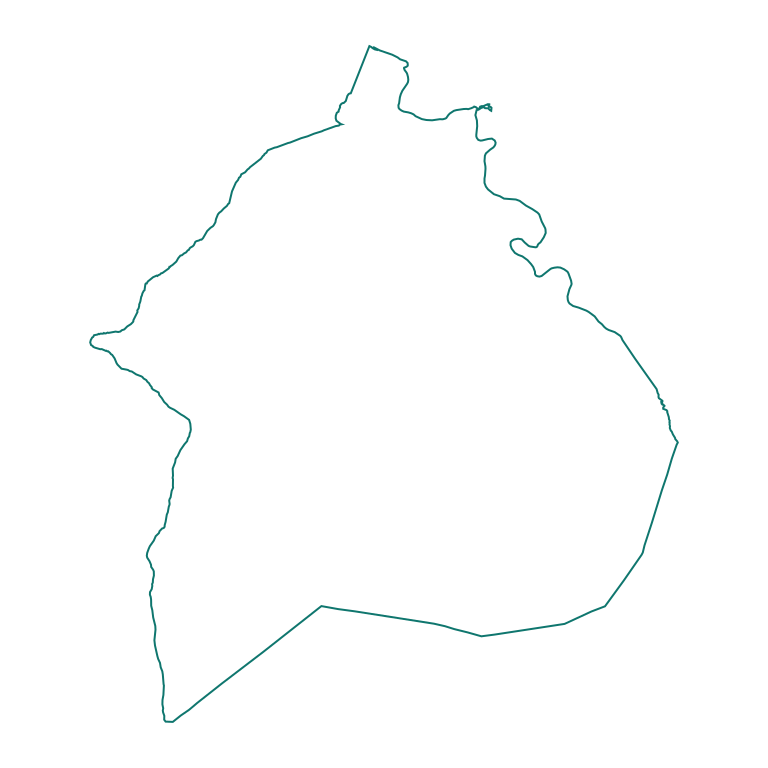 outline of Kanel, Matam, Senegal
{"feature_id": "50182788B72122084264725", "entity_name": "Kanel", "entity_type": "district", "adm_level": 2, "iso_a3": "SEN", "parent_name": "Senegal", "parent_adm1": "Matam", "projection": "albers", "projection_center": [-13.164, 15.01], "detail": "fine", "context": "isolated", "style": "outline", "palette": "teal", "viewbox_px": 768, "rotation_deg": 0, "n_neighbors": 0, "source": "geoboundaries", "source_scale": "gbopen_adm2", "svg_char_len": 6068}
<svg xmlns="http://www.w3.org/2000/svg" viewBox="0 0 768 768"><path d="M635.2,358.9L622.5,340.1L621.2,337.1L620.3,335.9L614.7,332.1L608.7,330.0L606.3,328.7L604.3,327.0L601.9,324.2L598.5,321.5L594.7,316.4L588.6,311.9L586.3,310.6L578.6,307.6L573.1,306.0L569.5,303.5L568.4,301.8L567.8,299.9L567.5,296.3L569.4,289.2L571.4,284.8L571.6,283.8L571.1,280.7L568.5,273.5L567.7,272.0L566.8,271.2L564.1,269.3L560.4,267.6L557.5,267.3L554.3,267.7L551.5,268.4L550.3,269.1L541.6,276.0L539.4,276.6L537.2,276.2L535.8,275.4L535.4,274.6L535.0,273.9L535.0,271.8L533.2,267.0L531.1,264.1L527.5,260.1L522.4,256.4L518.3,254.9L514.9,252.9L511.7,248.7L510.5,245.2L510.7,242.1L511.9,240.8L513.8,239.6L518.0,238.7L521.7,239.3L524.7,242.5L528.6,245.9L530.2,246.5L534.8,247.2L535.9,247.3L536.8,246.9L537.3,246.3L537.9,244.7L538.6,243.8L540.5,242.3L543.8,237.3L545.7,233.0L545.5,229.6L545.2,228.3L541.7,221.5L539.2,214.4L537.5,212.6L532.3,209.1L526.0,205.6L519.7,200.9L515.9,199.5L504.0,198.6L499.8,196.2L493.9,194.2L488.0,189.4L485.9,186.6L484.5,182.9L484.5,178.5L485.0,175.6L485.5,168.8L485.4,166.3L484.5,161.2L484.9,155.7L485.9,153.4L490.1,149.7L493.4,147.4L494.8,145.6L495.4,144.2L495.6,142.6L494.7,140.5L491.9,138.6L488.1,139.0L482.0,140.5L480.5,140.6L478.3,139.9L476.8,137.9L476.3,136.4L476.3,134.7L477.2,126.1L476.9,120.4L475.4,115.1L476.6,110.1L478.5,109.7L481.3,107.9L483.7,107.1L485.1,108.2L488.2,108.3L489.9,110.1L491.2,110.8L491.5,107.8L490.6,106.9L489.1,106.8L488.2,105.3L489.3,104.8L489.3,104.3L487.8,104.2L483.4,106.1L481.7,106.1L480.1,106.7L479.6,108.3L478.6,108.7L477.4,108.5L475.8,107.1L474.2,106.6L473.9,107.0L471.3,108.2L468.1,109.2L466.9,108.9L463.8,109.0L456.4,110.1L453.9,110.8L449.8,113.5L448.3,115.1L446.3,118.0L445.5,118.5L442.8,119.3L439.8,119.2L432.1,120.3L426.4,120.0L421.9,119.1L415.6,116.2L413.6,114.4L411.3,113.3L408.3,112.4L403.8,111.6L401.6,110.6L399.5,109.1L398.6,107.8L398.4,105.2L399.1,103.3L399.9,97.3L400.8,94.2L402.4,90.7L407.2,83.7L408.0,82.0L408.3,79.8L408.0,77.0L407.2,74.0L406.6,72.7L404.6,70.0L404.0,68.2L404.1,67.7L406.4,66.8L407.5,66.0L407.8,65.2L407.6,63.0L406.0,61.3L400.1,59.3L397.6,57.4L392.2,54.7L379.7,50.4L373.8,47.3L373.4,47.6L373.6,48.0L374.2,48.6L375.8,49.2L376.1,49.7L374.8,49.4L372.7,48.2L371.1,46.9L369.4,46.1L350.8,93.3L349.6,93.5L348.6,94.1L347.4,95.8L345.8,101.0L343.7,103.0L342.6,103.1L341.4,103.8L340.4,105.1L339.9,106.0L340.1,107.2L338.6,110.6L338.6,111.6L336.8,112.8L335.8,115.7L335.7,118.3L336.4,120.7L340.7,124.0L341.5,124.3L339.9,124.6L338.8,125.6L335.7,126.1L323.9,130.3L321.8,131.3L314.0,133.7L307.6,136.3L301.1,138.2L289.9,142.6L288.1,143.0L276.8,147.2L274.7,147.6L267.8,150.3L266.4,152.7L264.5,154.0L263.9,155.2L262.8,156.0L260.9,158.7L250.0,167.2L248.8,168.6L247.6,169.4L245.1,172.3L241.3,174.3L240.3,176.8L239.0,177.7L238.1,179.9L235.8,182.7L232.0,191.4L229.2,203.2L228.1,204.0L226.9,205.9L223.8,208.5L221.2,211.3L219.3,212.7L217.9,214.4L216.0,219.1L215.4,222.3L213.8,225.1L212.9,226.2L210.5,227.8L207.2,231.0L203.0,238.2L201.5,239.7L200.3,239.7L198.9,240.5L196.6,241.1L195.4,241.8L193.8,245.2L192.7,246.3L190.4,247.6L189.6,248.4L188.9,249.8L187.7,250.4L186.1,252.4L184.1,253.4L182.0,255.2L180.4,255.6L178.3,258.1L176.3,261.6L172.5,265.0L170.7,266.1L169.9,267.0L169.4,266.9L168.8,268.4L162.4,273.0L161.1,273.3L160.1,274.4L158.3,275.2L157.4,276.0L156.7,275.6L153.1,277.2L147.8,281.5L146.7,283.5L146.0,283.4L145.4,284.1L144.5,290.3L143.7,290.9L142.4,293.4L141.8,295.8L141.3,296.5L140.3,301.6L139.2,304.5L139.2,305.9L138.6,308.4L137.3,310.4L137.5,312.0L133.4,320.2L133.3,321.5L132.7,322.3L130.8,324.2L127.3,326.4L124.3,329.4L121.7,330.3L120.4,331.5L118.2,332.0L115.6,331.6L108.6,332.9L107.6,332.6L105.8,333.4L104.5,333.4L103.9,333.0L103.0,333.7L100.3,333.7L99.1,334.2L98.6,333.9L97.3,334.6L94.1,335.2L93.2,336.9L92.2,337.5L90.8,340.0L90.2,342.4L91.1,345.1L92.6,345.9L93.3,346.9L95.1,347.7L100.2,349.2L101.8,349.1L105.9,350.9L106.4,350.7L107.4,351.4L108.2,351.3L110.0,352.9L111.0,354.2L112.2,354.9L114.6,358.4L116.5,363.0L117.5,364.6L121.5,368.7L126.9,369.7L128.0,370.0L129.7,371.1L131.8,371.5L136.2,374.4L141.2,376.3L142.4,377.0L143.6,378.5L146.3,380.1L147.3,381.7L149.1,383.3L149.9,384.9L151.8,387.3L151.7,388.1L152.8,389.4L158.6,392.5L159.3,395.1L161.8,398.1L164.2,402.0L167.1,404.7L168.5,406.7L170.1,407.8L174.3,409.8L180.7,414.3L184.0,416.2L189.1,419.9L190.3,423.8L190.8,429.6L190.3,432.1L189.8,433.0L189.2,436.3L187.9,438.4L187.1,441.2L184.5,444.2L180.4,450.1L177.7,456.0L175.7,458.8L175.1,462.4L172.7,468.6L173.0,475.7L172.6,478.0L173.0,479.2L172.9,486.1L173.1,487.7L171.7,490.8L170.6,497.3L169.6,499.1L169.2,500.6L169.6,503.7L169.5,504.8L168.8,506.6L167.8,512.3L166.8,514.6L165.6,521.8L164.7,525.1L164.6,526.8L163.7,528.0L162.1,528.5L159.6,531.1L158.9,533.1L155.7,536.2L153.8,540.6L149.9,546.1L148.8,548.5L147.2,552.9L146.8,555.7L147.2,557.6L149.5,561.2L151.0,564.7L151.2,567.0L153.1,569.7L153.8,571.4L153.9,575.6L153.0,579.3L152.8,582.6L152.1,584.1L152.3,586.0L152.0,587.5L151.7,589.2L150.0,592.1L149.9,594.7L150.7,596.9L151.1,599.7L151.2,605.8L152.3,610.2L153.2,617.5L155.3,626.0L155.5,629.7L154.4,640.3L155.0,645.5L157.4,656.2L158.2,659.0L160.0,662.9L160.7,667.3L162.3,671.3L162.8,674.4L163.6,684.3L163.9,685.4L163.4,695.0L162.5,700.0L162.4,704.4L163.2,708.3L162.8,710.6L163.1,712.4L164.3,715.8L164.2,719.7L165.6,721.6L172.8,721.9L180.8,715.5L189.1,709.8L197.4,702.8L222.0,683.4L263.5,651.7L321.4,606.1L338.2,609.1L354.6,611.3L434.0,623.7L445.0,626.2L454.3,629.1L467.6,632.4L481.4,636.3L494.5,634.6L564.6,623.9L591.4,611.5L605.0,606.3L623.8,580.5L641.6,554.8L642.8,552.5L644.5,545.4L651.9,522.7L661.8,490.5L667.2,474.6L671.8,458.7L676.7,444.6L677.8,442.6L677.2,441.3L675.3,439.1L675.0,437.8L672.9,434.4L671.7,431.5L670.8,430.6L669.8,428.0L670.0,426.2L669.5,424.3L669.7,422.8L669.4,422.2L669.7,420.7L669.0,419.2L668.8,417.1L667.2,412.1L667.3,411.2L666.5,410.1L663.2,408.8L663.2,407.5L664.5,405.9L663.5,404.8L662.5,404.7L661.6,403.7L661.3,402.3L661.9,402.4L661.7,401.9L662.4,401.5L662.4,400.8L658.9,398.2L658.5,397.0L658.6,394.6L657.7,393.1L656.6,389.1L635.2,358.9Z" fill="none" stroke="#0f766e" stroke-width="2"/></svg>